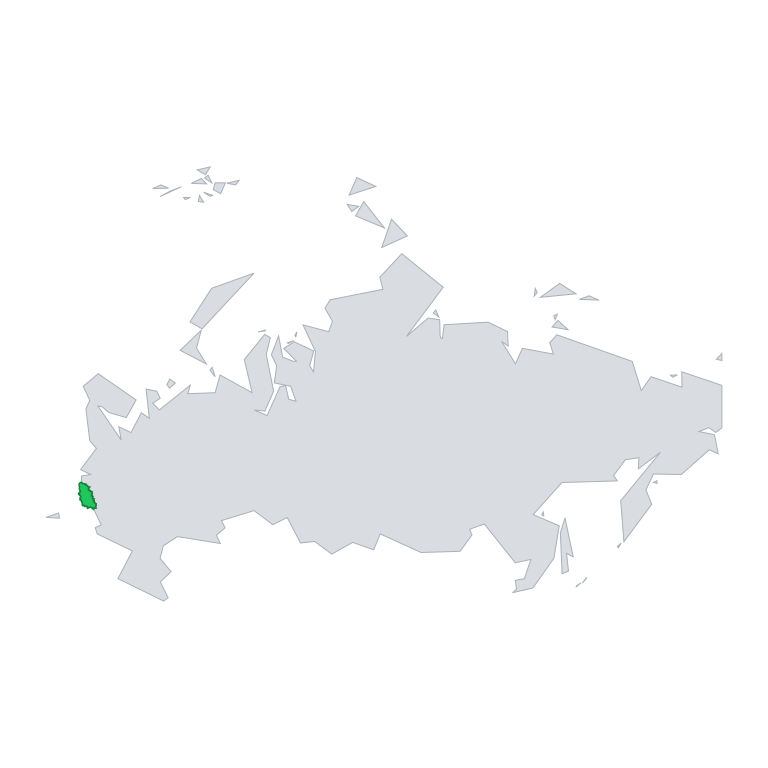 Pskov on a map of Russia (Mercator projection)
{"feature_id": "RUS-2335", "entity_name": "Pskov", "entity_type": "Region", "adm_level": 1, "iso_a3": "RUS", "parent_name": "Russia", "parent_adm1": "", "projection": "mercator", "projection_center": [29.766, 57.296], "detail": "fine", "context": "in_parent", "style": "filled", "palette": "green", "viewbox_px": 768, "rotation_deg": 0, "n_neighbors": 0, "source": "natural_earth", "source_scale": "10m", "svg_char_len": 7134}
<svg xmlns="http://www.w3.org/2000/svg" viewBox="0 0 768 768"><path d="M532.9,588.0L513.0,592.6L516.5,588.9L515.4,580.3L524.4,578.6L530.9,559.4L515.3,562.8L484.3,524.0L469.5,529.3L472.0,534.9L460.1,551.3L421.1,552.5L380.2,533.9L373.7,549.8L352.6,542.4L331.8,554.1L314.7,541.5L300.5,543.0L287.2,517.5L272.8,524.7L254.1,510.6L221.5,520.6L225.1,527.8L216.4,535.2L220.3,543.5L177.5,536.6L163.3,545.8L160.1,558.4L171.0,571.6L160.3,582.0L168.1,597.7L163.7,601.1L117.9,578.6L132.4,550.9L97.3,534.0L95.2,527.7L101.3,524.9L93.7,509.3L79.9,499.6L81.7,476.0L90.6,474.5L80.6,469.6L96.4,448.4L89.8,440.8L85.9,408.9L89.8,400.4L83.2,386.3L98.2,373.7L136.1,399.9L126.3,417.6L108.8,412.5L102.2,406.8L97.9,406.0L121.2,440.0L118.9,426.7L131.0,432.6L141.3,412.8L149.3,418.2L146.1,389.0L156.8,391.2L160.2,398.4L152.7,403.2L159.4,409.9L190.2,385.2L187.9,393.7L215.1,392.7L220.1,375.0L252.1,392.7L244.3,359.5L264.7,334.5L270.3,337.6L266.3,354.5L273.6,391.2L264.9,411.1L254.3,410.0L267.1,415.6L280.0,386.8L285.6,385.5L288.7,399.2L296.0,401.3L290.7,386.3L274.3,382.9L276.7,365.9L271.4,354.7L278.6,335.9L282.6,357.1L293.5,361.4L296.4,361.2L283.8,348.5L294.2,341.8L313.7,351.0L309.7,365.7L313.5,372.0L315.5,351.5L303.0,324.9L328.7,331.7L332.5,321.3L325.0,308.3L330.1,299.8L382.9,289.3L379.8,277.3L401.7,253.7L443.2,287.2L406.5,336.4L428.1,318.1L439.7,319.7L440.1,335.7L440.9,338.1L442.4,338.5L444.1,324.7L488.2,322.2L507.5,331.6L508.2,346.0L501.7,341.6L515.5,363.8L522.4,348.3L553.3,354.1L549.8,342.7L556.8,334.8L632.2,361.4L641.3,390.6L651.1,376.7L682.0,387.2L681.8,371.8L721.9,385.4L721.9,427.8L715.7,432.4L708.8,427.6L699.0,431.6L714.5,434.7L718.2,453.9L709.4,449.7L681.3,474.5L653.4,474.0L645.9,489.9L651.7,504.3L623.9,541.7L620.7,500.7L660.4,452.3L638.4,468.8L639.0,457.7L625.4,459.7L613.6,475.6L617.3,480.9L561.9,482.5L533.2,514.6L559.2,525.8L553.9,558.3L532.9,588.0ZM254.0,273.1L202.1,328.8L190.0,321.9L211.6,288.3L254.0,273.1ZM565.0,517.9L573.2,556.9L566.5,553.3L568.5,571.1L562.1,573.8L560.4,532.9L565.0,517.9ZM180.2,350.3L201.2,330.3L196.5,348.1L206.3,364.0L180.2,350.3ZM540.5,297.3L559.6,283.4L576.0,293.8L540.5,297.3ZM363.7,201.6L384.5,228.0L355.6,215.9L363.7,201.6ZM356.8,177.6L375.8,186.4L349.1,195.1L356.8,177.6ZM391.5,219.2L407.3,235.9L381.8,247.5L391.5,219.2ZM579.3,299.4L588.9,295.8L599.0,300.1L579.3,299.4ZM46.1,517.4L58.6,513.0L59.4,518.2L46.1,517.4ZM170.3,191.1L181.3,186.7L160.0,196.6L170.3,191.1ZM557.9,320.4L568.1,329.7L552.1,327.0L557.9,320.4ZM175.3,383.0L169.6,388.2L166.9,384.7L169.7,379.1L175.3,383.0ZM191.3,183.4L201.4,178.5L206.6,183.9L191.3,183.4ZM225.4,182.8L220.7,193.6L213.3,189.7L215.1,182.8L225.4,182.8ZM235.5,184.9L226.9,183.2L239.2,180.3L235.5,184.9ZM212.3,367.4L215.1,376.8L209.9,369.9L212.3,367.4ZM358.7,206.3L351.8,211.5L347.2,204.4L358.7,206.3ZM197.2,169.9L210.2,166.9L205.5,174.7L197.2,169.9ZM721.9,360.6L716.4,359.2L721.9,353.5L721.9,360.6ZM160.7,184.9L168.6,188.1L152.7,188.7L160.7,184.9ZM265.3,330.7L258.1,332.0L265.3,330.0L265.3,330.7ZM435.8,309.9L438.7,316.9L433.3,312.9L435.8,309.9ZM677.3,374.9L672.8,377.3L670.5,375.2L677.3,374.9ZM209.5,196.1L203.7,192.3L213.2,195.5L209.5,196.1ZM208.1,175.2L211.8,182.9L204.5,178.0L208.1,175.2ZM586.8,577.1L585.6,579.5L582.4,582.9L586.8,577.1ZM199.5,195.5L203.6,202.2L198.3,201.4L199.5,195.5ZM293.7,340.6L288.5,343.4L287.4,342.9L293.7,340.6ZM657.1,483.4L653.5,482.4L656.9,480.7L657.1,483.4ZM557.4,314.3L555.1,319.6L553.8,315.6L557.4,314.3ZM543.2,512.0L543.8,515.9L541.7,515.0L543.2,512.0ZM621.2,543.0L618.3,547.9L617.4,546.4L621.2,543.0ZM190.4,197.4L185.3,199.6L183.5,197.5L190.4,197.4ZM297.0,331.9L295.8,336.8L294.8,335.4L297.0,331.9ZM537.2,292.6L534.2,296.2L535.3,288.5L537.2,292.6ZM576.4,586.0L581.1,582.7L576.3,586.8L576.4,586.0Z" fill="#d9dde1" stroke="#a8b0b8" stroke-width="1"/><path d="M80.2,495.7L79.9,495.4L79.5,495.2L79.4,495.0L79.4,494.9L79.5,494.8L79.4,494.6L79.5,494.3L78.7,494.3L78.7,494.1L78.6,493.9L78.8,493.7L78.9,493.4L78.8,493.2L79.0,493.0L79.3,492.9L79.4,492.7L79.4,492.4L79.5,492.2L80.2,491.9L80.5,491.8L80.6,491.7L80.5,491.4L80.1,491.2L80.1,490.8L80.1,490.6L79.9,490.5L79.9,490.3L79.9,490.1L79.9,489.9L79.7,489.6L79.3,488.8L79.3,488.4L79.3,488.0L79.6,487.4L79.0,484.5L79.3,483.5L80.2,482.7L80.4,482.7L80.9,482.4L81.0,482.4L81.1,482.5L81.3,482.5L81.7,482.6L81.9,482.5L82.0,482.6L82.1,482.8L82.3,483.2L82.3,483.3L82.6,483.7L82.8,483.6L83.2,483.7L83.6,483.6L83.8,483.6L84.6,483.9L84.9,483.9L85.4,484.0L85.6,484.0L85.5,484.3L85.8,484.3L86.0,484.5L86.6,484.9L86.8,485.0L86.9,485.4L86.7,485.5L87.6,485.8L87.7,486.1L87.8,486.3L87.9,486.2L88.0,486.3L88.0,486.5L87.9,486.6L88.0,486.7L88.1,486.8L88.3,486.9L88.6,486.9L89.0,487.0L89.3,487.0L89.8,487.0L89.7,487.2L89.6,487.4L89.5,487.5L89.1,487.8L89.0,488.1L88.9,488.1L88.6,488.4L88.4,488.6L88.4,488.8L88.5,488.9L88.6,489.1L88.5,489.9L88.5,490.0L88.9,489.8L89.0,489.8L89.3,490.1L89.4,490.3L89.5,490.3L89.8,490.2L89.9,490.3L89.5,490.7L89.5,490.8L89.6,491.0L90.2,491.0L90.5,491.1L90.6,491.3L92.1,491.5L92.2,491.9L92.1,492.1L91.7,492.3L92.0,492.5L92.0,492.8L91.9,493.0L92.1,493.3L92.4,493.6L92.2,494.2L92.0,494.6L91.9,494.6L91.9,494.8L91.9,495.0L92.0,495.2L92.0,495.4L91.9,495.4L91.7,495.6L91.8,495.6L92.1,495.9L93.1,496.4L93.1,496.5L92.9,496.7L92.9,496.8L92.7,496.9L92.6,497.0L92.7,497.3L92.7,497.6L92.6,498.0L92.6,498.5L92.8,498.7L93.3,498.8L93.5,498.8L93.6,498.7L94.1,498.7L94.0,498.9L94.0,499.0L93.9,499.2L93.7,499.2L93.7,499.3L93.7,499.6L93.6,499.9L93.4,499.9L93.2,499.9L93.2,500.0L93.3,500.2L93.3,500.3L93.3,500.5L93.5,501.0L93.8,501.0L93.8,500.9L94.0,500.9L94.3,500.8L94.4,501.2L94.4,501.3L94.4,501.5L94.2,502.1L94.1,502.3L94.4,502.4L94.6,502.6L94.9,502.6L95.0,502.7L95.0,502.8L95.0,503.0L95.1,503.3L95.3,503.4L95.4,503.5L95.5,503.7L96.2,503.8L96.1,504.4L96.1,504.6L96.1,505.1L96.2,505.3L96.2,505.5L96.2,505.8L96.0,506.0L95.9,506.1L95.6,506.2L95.6,506.3L95.7,506.5L95.8,506.9L95.8,507.3L95.9,507.5L96.0,507.9L96.1,508.1L95.9,508.1L95.6,508.0L95.4,508.1L95.0,508.1L94.9,508.1L94.3,507.8L94.3,508.0L94.2,508.3L94.0,508.5L93.9,508.6L93.8,509.0L93.7,509.2L93.5,508.9L93.3,509.0L93.1,509.1L92.9,508.8L92.8,508.7L92.7,508.6L92.4,508.5L92.3,508.4L92.4,508.2L91.9,507.9L91.9,507.7L91.0,507.3L90.9,507.3L90.8,507.1L90.7,507.1L90.4,507.3L89.8,507.2L89.7,507.2L89.3,507.3L89.2,507.4L89.1,507.7L89.0,507.8L88.7,507.7L88.6,507.8L88.1,508.0L87.8,508.4L87.7,508.4L87.4,508.1L87.2,507.9L87.1,507.6L87.2,507.3L87.3,506.9L87.5,506.8L87.5,506.7L87.4,506.5L87.3,506.4L86.6,506.2L86.3,505.9L86.0,505.9L85.8,505.8L85.6,505.9L85.3,506.1L85.1,506.2L85.0,506.3L85.0,506.5L84.9,506.5L84.5,506.4L84.4,506.3L84.4,506.2L84.3,505.8L84.3,505.7L84.1,505.5L84.1,505.4L83.7,505.3L83.1,505.4L82.9,505.7L82.7,505.7L82.5,505.4L82.2,505.1L82.2,504.8L82.2,504.6L82.3,504.3L82.4,504.1L82.4,503.9L82.2,503.4L82.2,503.2L82.2,502.8L82.1,502.7L81.9,502.4L81.8,502.2L82.0,502.0L82.0,501.9L81.9,501.8L81.6,501.7L81.4,501.4L81.4,500.9L81.0,500.5L80.9,500.4L81.0,500.1L81.1,499.9L81.0,499.7L80.8,499.5L80.7,499.4L80.4,499.4L80.0,499.6L79.9,499.6L80.0,499.3L80.3,498.7L80.3,498.4L80.4,498.2L80.4,497.9L80.2,497.7L80.6,497.3L80.7,497.2L80.8,497.0L80.8,496.8L80.8,496.3L80.8,496.1L80.7,496.0L80.2,495.7Z" fill="#22c55e" stroke="#15803d" stroke-width="1.5"/></svg>